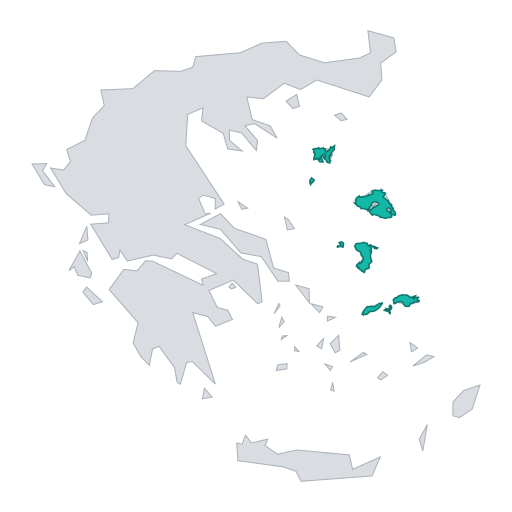 location of Voreioy Aigaioy, Voreio Aigaio, Greece
{"feature_id": "26713481B43979888680650", "entity_name": "Voreioy Aigaioy", "entity_type": "district", "adm_level": 2, "iso_a3": "GRC", "parent_name": "Greece", "parent_adm1": "Voreio Aigaio", "projection": "mercator", "projection_center": [26.018, 38.772], "detail": "fine", "context": "in_parent", "style": "filled", "palette": "teal", "viewbox_px": 512, "rotation_deg": 0, "n_neighbors": 0, "source": "geoboundaries", "source_scale": "gbopen_adm2", "svg_char_len": 9732}
<svg xmlns="http://www.w3.org/2000/svg" viewBox="0 0 512 512"><path d="M367.9,30.7L393.8,37.9L396.1,51.8L380.7,63.1L381.9,79.8L369.2,96.9L316.8,80.0L300.5,89.5L284.1,83.2L263.5,98.7L246.8,97.0L252.2,119.6L270.3,125.9L277.1,138.2L254.6,123.7L245.0,125.7L257.5,140.4L256.4,150.6L241.7,133.0L229.3,130.2L229.6,140.4L242.2,151.0L227.7,148.9L223.3,133.5L201.6,120.9L203.0,107.8L187.7,114.4L185.8,145.7L224.1,204.1L215.1,209.0L215.5,198.5L202.9,195.2L198.6,198.4L201.1,204.4L205.2,213.7L210.5,213.3L184.6,224.7L220.2,238.5L242.7,259.1L257.5,264.2L262.1,301.6L257.7,303.8L233.2,280.1L208.9,290.5L217.3,307.5L227.7,310.2L232.5,319.4L215.4,326.3L207.8,316.6L192.7,312.6L215.4,384.1L192.3,361.6L186.6,362.5L180.4,384.2L177.2,382.3L174.5,367.6L159.1,346.3L152.6,348.8L149.3,365.3L141.2,357.1L133.1,342.9L138.1,322.8L109.2,289.6L123.8,269.4L137.1,270.8L145.7,260.7L152.4,261.1L202.9,285.2L201.5,279.1L216.6,273.6L176.9,253.3L171.6,258.8L153.1,255.1L127.4,261.1L120.0,250.1L118.5,257.6L112.2,259.5L90.7,224.2L108.5,222.8L108.9,213.8L91.2,215.2L66.3,193.8L50.6,168.0L63.5,170.1L70.5,161.6L66.8,149.6L84.9,140.2L92.6,117.8L104.3,105.7L100.9,90.0L132.8,88.7L154.5,70.6L180.6,71.4L192.7,67.3L195.8,56.6L240.1,52.8L262.1,43.1L286.2,41.3L299.5,55.0L324.4,62.8L359.5,58.0L370.5,52.9L367.9,30.7ZM251.5,442.9L267.8,439.1L264.9,445.4L277.6,454.2L296.8,450.0L349.4,454.9L352.6,469.3L380.2,457.0L372.1,475.9L300.9,481.3L296.1,471.4L283.4,466.9L237.9,460.7L236.7,443.0L242.1,444.3L245.5,435.2L251.5,442.9ZM220.5,213.7L234.4,228.3L265.8,239.3L273.6,267.9L288.5,272.7L289.3,281.1L277.9,281.2L261.3,256.6L241.0,253.0L220.2,229.1L200.3,224.5L220.5,213.7ZM384.9,193.6L393.6,208.5L393.9,213.7L389.0,210.8L392.0,216.2L371.9,214.1L369.1,210.4L377.7,202.5L367.2,209.4L355.3,202.4L372.1,190.7L384.9,193.6ZM459.6,417.6L452.9,415.8L453.0,402.0L463.3,390.7L479.9,385.0L472.3,408.8L459.6,417.6ZM368.4,268.0L363.4,271.7L357.8,266.3L363.0,259.0L355.4,244.3L371.8,246.5L368.4,268.0ZM79.9,250.9L91.7,273.0L90.3,277.8L77.9,275.4L74.2,266.9L69.0,270.5L79.9,250.9ZM54.6,186.7L44.5,184.7L32.1,164.0L46.7,163.6L42.6,170.8L54.6,186.7ZM334.1,149.4L329.9,161.3L324.3,155.4L314.6,158.3L314.3,148.2L334.1,149.4ZM406.5,294.9L418.5,301.6L407.5,305.9L393.8,300.7L406.5,294.9ZM299.5,106.2L292.9,108.6L286.1,101.2L296.7,94.4L299.5,106.2ZM86.6,287.1L102.4,301.7L93.3,304.6L82.9,292.0L86.6,287.1ZM339.8,350.3L335.1,352.8L330.2,343.6L338.7,335.3L339.8,350.3ZM309.0,288.7L309.4,302.8L295.7,285.0L309.0,288.7ZM427.3,424.6L422.8,451.0L419.3,438.9L427.3,424.6ZM87.9,240.0L79.5,243.7L86.8,226.2L87.9,240.0ZM212.1,397.1L202.4,398.8L204.4,388.2L212.1,397.1ZM413.0,366.0L426.8,354.8L434.0,356.7L423.5,362.7L413.0,366.0ZM365.0,313.5L368.0,306.5L381.8,303.9L374.2,310.9L365.0,313.5ZM323.6,338.5L321.7,348.7L316.8,345.9L323.6,338.5ZM323.1,306.8L319.5,312.5L311.1,303.8L323.1,306.8ZM294.4,228.6L287.4,230.0L284.5,217.1L288.6,219.7L294.4,228.6ZM347.1,119.1L341.2,120.9L334.7,115.2L341.0,113.0L347.1,119.1ZM287.1,363.6L286.8,368.8L276.2,370.6L277.8,364.8L287.1,363.6ZM366.8,354.5L350.1,361.9L363.5,352.3L366.8,354.5ZM280.1,305.6L274.2,313.6L278.9,303.4L280.1,305.6ZM335.5,317.3L327.3,321.1L327.6,316.1L335.5,317.3ZM387.5,375.2L380.8,380.0L377.6,377.7L382.8,371.7L387.5,375.2ZM417.7,348.1L411.4,351.8L409.8,342.5L417.7,348.1ZM284.3,321.5L278.9,327.6L281.7,317.1L284.3,321.5ZM87.1,252.5L87.6,261.3L83.1,250.6L87.1,252.5ZM332.5,366.6L330.3,370.4L324.9,363.9L332.5,366.6ZM247.7,208.1L241.8,209.4L238.0,201.8L247.7,208.1ZM235.8,287.3L231.4,288.9L228.9,287.0L232.2,283.0L235.8,287.3ZM286.8,335.6L281.3,339.6L282.2,336.0L286.8,335.6ZM332.6,382.4L334.1,391.1L330.6,389.9L332.6,382.4ZM299.0,351.5L294.4,350.8L294.7,346.8L299.0,351.5Z" fill="#d9dde1" stroke="#a8b0b8" stroke-width="1"/><path d="M381.8,190.3L381.3,189.6L380.7,190.4L379.9,190.6L376.6,190.4L375.3,190.0L374.0,190.6L373.0,190.5L372.3,191.0L372.5,191.1L372.6,191.5L372.3,192.5L372.9,193.1L372.4,193.9L371.3,194.1L369.5,195.2L368.7,194.7L368.4,195.3L367.3,195.9L365.1,196.5L364.0,196.4L363.5,197.0L362.3,197.1L361.9,196.6L360.9,197.3L360.4,196.9L359.5,197.0L359.2,196.7L359.3,196.0L358.9,196.1L358.5,196.7L357.2,197.2L356.1,198.8L356.2,199.6L356.0,199.9L355.5,200.0L355.4,200.5L356.0,201.0L355.8,201.7L355.8,203.5L354.7,203.1L355.3,204.0L356.5,204.6L356.9,205.6L357.6,205.8L358.2,206.5L359.1,206.5L360.1,206.9L361.1,208.7L363.1,208.5L367.5,209.9L367.9,209.7L368.0,209.0L368.5,208.3L369.3,208.8L369.9,206.5L371.6,205.1L371.6,203.5L372.2,202.7L373.1,202.5L373.9,201.9L376.5,202.0L378.3,202.7L378.8,203.4L378.9,203.8L378.2,205.3L376.6,205.7L376.4,206.2L375.8,206.3L375.1,207.0L374.3,206.9L374.1,207.2L373.3,207.3L371.9,209.3L371.1,209.4L370.5,210.0L369.2,209.6L367.9,210.5L367.9,210.9L368.9,211.0L369.3,211.3L370.6,213.1L370.9,213.8L372.4,215.2L372.9,214.7L373.7,214.5L375.8,214.8L378.4,215.7L380.5,217.4L382.5,217.4L384.5,218.2L385.6,218.3L389.0,217.3L389.9,217.4L390.5,217.7L391.7,216.5L391.2,214.4L390.5,213.9L389.1,211.7L387.8,211.2L387.0,210.3L386.5,208.9L387.6,208.0L388.9,207.8L391.1,210.3L391.1,211.3L391.0,211.6L390.2,211.9L390.2,212.5L391.2,212.8L390.8,213.4L391.5,215.0L392.9,214.5L394.4,215.3L395.1,215.2L395.6,214.2L395.3,212.7L394.4,211.1L392.5,209.4L392.5,208.7L393.0,208.3L392.4,208.2L391.9,206.8L391.1,206.3L391.2,205.0L391.7,204.8L391.5,204.4L390.4,204.3L389.5,203.6L388.5,201.7L388.3,200.7L387.6,200.6L384.6,198.2L383.3,197.6L383.3,196.8L385.6,193.3L384.7,192.8L383.1,192.8L382.0,192.3L381.7,191.9L382.6,190.4L381.8,190.3ZM363.9,242.3L360.3,243.4L357.8,243.3L356.0,243.9L355.4,244.7L355.3,245.4L354.7,246.0L354.7,246.5L355.3,247.2L356.2,249.6L357.9,250.9L359.5,251.3L360.5,251.9L361.2,253.1L361.1,254.6L361.5,254.8L361.6,255.7L362.9,256.5L363.3,259.2L363.2,259.8L362.1,260.5L361.9,261.4L362.0,261.7L361.4,262.9L359.9,262.5L359.7,263.4L359.4,263.0L359.5,262.4L359.2,262.6L358.6,263.3L357.0,264.6L356.4,266.3L356.7,266.5L357.1,266.2L357.5,266.2L357.7,267.8L359.0,267.7L358.8,268.2L359.4,269.3L360.8,269.6L361.0,270.3L362.0,271.3L363.0,271.6L364.0,272.5L364.6,272.0L364.7,270.6L365.4,269.3L366.9,268.7L368.7,268.5L369.0,267.6L369.5,267.0L368.9,266.1L368.8,264.4L371.7,261.9L371.6,260.5L370.9,259.8L371.0,258.4L370.6,257.7L370.4,255.6L370.5,254.7L371.1,252.8L371.4,252.5L371.4,251.6L370.8,251.6L370.9,250.7L369.9,250.7L370.2,250.0L370.8,249.9L371.5,249.5L371.3,247.7L371.9,246.8L371.7,245.7L370.7,244.9L370.1,246.0L369.6,245.5L369.6,246.5L369.1,246.2L369.0,245.5L367.9,245.5L366.8,243.0L365.7,243.3L363.9,242.3ZM334.5,149.1L334.0,147.0L334.5,146.6L334.6,145.7L333.1,146.7L332.2,147.9L331.8,147.8L331.2,147.0L330.8,146.8L330.4,147.2L330.7,147.6L330.6,148.1L329.1,149.6L329.1,149.8L329.5,150.2L329.4,150.6L327.8,150.6L327.3,151.5L326.5,152.3L325.9,152.2L325.7,151.7L326.1,151.3L325.4,150.9L325.1,150.4L325.0,149.9L325.5,149.1L324.2,148.9L323.5,147.8L322.5,148.4L321.5,148.2L319.4,149.0L318.7,147.7L316.2,148.9L315.3,148.7L314.0,149.1L313.3,149.0L313.1,149.3L313.6,149.3L313.9,150.0L313.7,151.5L314.0,152.4L313.8,152.7L314.7,153.1L315.1,153.8L314.5,155.4L314.5,156.6L314.0,157.7L314.0,158.0L314.3,157.7L314.8,158.2L313.8,159.0L313.8,159.6L315.0,159.0L316.0,159.3L317.5,158.3L318.0,158.5L318.0,159.5L318.4,159.5L319.6,158.1L320.2,158.1L320.5,158.3L319.8,158.7L319.0,160.3L319.0,161.1L319.9,161.9L321.9,161.8L323.1,162.1L323.3,161.9L323.0,161.4L322.2,160.5L322.0,159.4L321.5,158.9L320.9,158.9L320.7,158.5L321.9,156.6L322.5,156.4L323.3,156.7L323.4,156.4L322.4,156.0L321.3,156.1L323.2,154.5L324.6,154.2L325.2,154.5L325.2,154.8L325.8,155.5L325.0,156.6L325.4,157.3L324.7,157.8L324.0,157.8L323.6,158.4L324.3,158.5L325.1,159.5L326.7,160.3L326.5,161.4L327.1,162.3L329.8,163.0L329.6,161.8L330.7,161.1L329.3,159.3L329.2,158.4L329.9,157.9L329.3,157.4L329.1,156.5L330.6,155.8L330.0,155.7L329.8,154.7L330.3,154.1L331.2,154.0L331.3,152.7L331.6,152.0L332.5,151.3L332.9,150.3L334.3,149.6L334.5,149.1ZM407.7,295.3L401.9,294.8L399.4,295.9L398.7,295.9L397.9,296.4L397.0,297.4L396.0,297.8L395.2,297.7L394.6,298.2L393.2,300.0L394.0,301.9L393.7,302.9L394.3,303.8L395.8,303.2L396.9,302.1L401.1,301.6L402.7,302.5L404.9,306.0L406.1,306.4L408.8,306.4L409.4,305.9L409.7,304.2L410.9,303.4L412.3,302.9L413.5,302.9L414.7,301.8L416.4,301.9L418.9,301.6L419.3,301.1L418.9,300.3L417.5,300.4L417.8,299.8L417.0,298.4L419.1,297.2L417.2,297.4L415.6,297.1L415.0,296.7L414.9,296.3L415.2,295.9L414.6,296.1L414.4,296.6L414.6,297.0L413.2,296.5L412.9,296.7L414.4,298.6L414.2,299.0L413.8,299.1L413.1,298.3L411.6,297.4L409.5,297.0L407.7,295.3ZM382.4,303.2L382.2,302.9L380.7,303.5L379.0,303.5L375.0,306.5L373.9,307.0L370.9,306.4L369.2,306.7L367.5,306.6L366.4,307.5L363.7,310.8L362.5,312.9L362.1,314.2L363.0,314.9L363.0,314.6L364.4,314.3L366.5,314.4L367.9,313.5L369.1,311.9L370.1,311.5L373.4,311.3L375.1,310.7L378.8,308.1L380.8,305.9L381.4,304.2L382.2,303.8L382.4,303.2ZM310.6,184.6L311.7,182.8L312.6,182.5L314.3,180.1L311.5,177.9L311.1,178.3L310.9,179.2L310.1,179.9L309.8,181.5L310.0,183.3L310.6,184.6ZM341.1,241.9L340.3,242.8L339.3,242.4L339.1,242.7L339.2,243.1L340.8,245.0L340.4,246.2L340.5,246.6L341.1,246.3L342.5,247.1L343.1,247.0L343.6,243.2L342.2,242.1L341.4,242.2L341.1,241.9ZM391.0,307.2L391.3,306.1L390.1,305.2L389.5,305.8L389.4,306.8L390.4,307.3L390.1,308.0L390.4,309.0L389.3,310.0L388.9,309.4L388.7,308.5L388.2,308.7L388.4,309.0L388.2,309.9L388.5,311.6L388.9,311.8L389.0,312.5L389.5,313.3L390.1,313.6L390.3,312.3L389.7,311.5L389.5,310.5L390.7,309.6L391.3,308.9L391.6,307.9L391.6,307.2L391.0,307.2ZM375.2,246.7L373.0,246.3L374.3,248.2L376.1,248.8L376.9,248.8L377.7,247.9L376.0,247.5L375.2,246.7ZM387.3,310.0L387.0,309.0L386.2,308.7L386.3,308.9L384.3,310.3L384.9,310.5L385.4,310.2L386.2,310.3L386.5,310.6L386.3,311.0L386.9,311.2L387.3,310.0ZM337.7,247.3L338.6,246.9L338.5,246.5L338.9,245.9L337.9,245.7L337.3,246.9L337.7,247.3Z" fill="#14b8a6" stroke="#0f766e" stroke-width="1.5"/></svg>